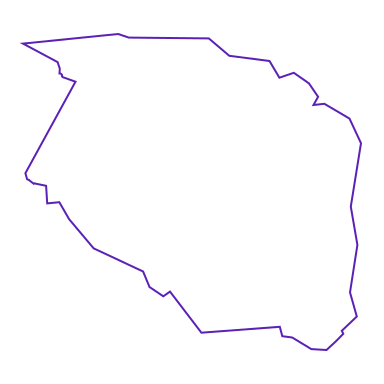 Caldwell, North Carolina, United States of America (Mercator projection)
{"feature_id": "52423323B63018807912829", "entity_name": "Caldwell", "entity_type": "district", "adm_level": 2, "iso_a3": "USA", "parent_name": "United States of America", "parent_adm1": "North Carolina", "projection": "mercator", "projection_center": [-81.598, 35.94], "detail": "fine", "context": "isolated", "style": "outline", "palette": "violet", "viewbox_px": 384, "rotation_deg": 0, "n_neighbors": 0, "source": "geoboundaries", "source_scale": "gbopen_adm2", "svg_char_len": 893}
<svg xmlns="http://www.w3.org/2000/svg" viewBox="0 0 384 384"><path d="M356.8,316.5L350.0,292.4L357.4,244.9L350.8,206.6L361.0,143.2L349.5,118.6L324.4,103.8L313.5,105.0L318.1,96.8L308.9,83.3L308.7,83.3L308.2,82.9L307.3,82.3L306.9,81.9L306.6,81.7L293.8,72.8L279.4,77.7L269.5,61.0L229.3,55.8L208.8,38.4L129.7,37.6L128.9,37.6L118.1,34.0L23.0,43.6L57.6,62.1L59.8,68.7L59.8,68.9L59.5,73.1L59.5,73.4L60.0,73.3L61.0,73.8L61.8,74.5L61.8,75.4L62.1,75.7L62.0,76.1L62.4,76.9L62.6,77.1L75.5,81.7L25.4,173.2L27.1,179.2L27.5,179.5L28.4,179.7L29.1,180.0L29.4,180.4L30.0,180.9L33.7,183.7L33.9,183.4L34.3,183.3L34.8,183.4L35.4,183.6L46.1,185.8L47.2,203.4L59.3,202.2L69.2,219.3L93.7,248.4L143.1,271.5L149.5,287.0L163.3,296.3L170.0,291.6L201.4,332.7L279.8,326.8L282.3,336.2L292.2,337.5L311.3,349.1L326.5,350.0L336.1,341.1L343.3,333.8L341.8,330.8L356.8,316.5Z" fill="none" stroke="#5b21b6" stroke-width="2"/></svg>